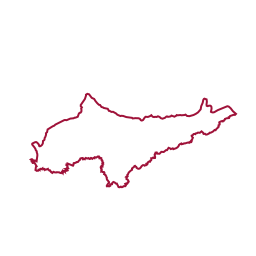 San Pedro De Uraba, Antioquia, Colombia (Mercator projection), rotated 241°
{"feature_id": "7082276B58704209579915", "entity_name": "San Pedro De Uraba", "entity_type": "district", "adm_level": 2, "iso_a3": "COL", "parent_name": "Colombia", "parent_adm1": "Antioquia", "projection": "mercator", "projection_center": [-76.341, 8.35], "detail": "fine", "context": "isolated", "style": "outline", "palette": "rose", "viewbox_px": 256, "rotation_deg": 241, "n_neighbors": 0, "source": "geoboundaries", "source_scale": "gbopen_adm2", "svg_char_len": 5675}
<svg xmlns="http://www.w3.org/2000/svg" viewBox="0 0 256 256"><g transform="rotate(241 128 128)"><path d="M147.5,27.7L146.1,28.3L145.4,27.4L145.2,27.4L144.3,28.8L143.5,28.0L143.1,28.8L143.2,29.4L138.7,29.5L138.6,28.6L136.1,26.7L134.9,27.4L135.0,27.7L134.2,28.5L134.3,29.4L134.7,29.6L134.4,29.9L134.6,29.9L134.7,31.3L134.2,31.9L134.4,32.1L134.0,32.5L134.0,32.8L134.1,33.4L133.9,33.3L133.4,34.1L133.1,34.0L133.2,34.5L132.7,35.1L131.7,35.0L131.8,35.5L131.4,35.9L131.1,38.1L130.5,37.9L130.2,38.2L128.9,38.6L128.8,39.2L126.9,39.3L126.2,39.6L126.3,39.9L125.4,40.1L125.7,41.7L124.9,42.2L123.9,43.6L123.9,44.2L122.5,46.4L121.7,46.8L121.2,47.4L121.1,48.0L121.3,48.3L120.9,48.4L121.7,49.4L120.6,49.4L121.0,49.7L120.9,50.2L121.6,50.6L121.1,50.8L121.3,51.3L120.7,51.5L121.4,51.7L121.3,52.1L120.8,52.4L120.6,52.9L120.9,53.1L120.5,53.5L120.8,53.7L120.4,54.6L121.2,54.6L121.3,54.3L121.7,54.1L121.7,55.0L122.3,54.4L121.9,55.8L122.5,55.6L122.6,55.9L123.0,55.7L123.8,56.6L125.2,56.2L125.1,56.9L125.9,56.9L125.7,57.5L126.3,57.9L121.7,61.6L122.3,62.6L122.7,62.6L123.6,63.5L122.9,65.4L123.2,66.4L122.7,67.2L122.6,68.0L123.3,69.2L123.5,70.7L124.4,71.4L124.3,72.4L123.7,73.9L123.3,73.9L123.1,73.4L122.4,73.4L122.1,74.7L121.6,75.1L122.2,75.8L122.3,76.6L121.1,77.4L120.9,78.7L120.3,78.8L120.0,79.5L119.5,79.5L119.3,80.2L119.8,80.6L119.8,81.0L119.3,81.2L119.3,81.5L118.3,81.9L118.6,83.4L118.4,84.0L117.9,84.2L118.5,84.9L117.5,86.0L117.7,87.3L117.4,87.8L117.6,88.1L117.1,88.8L116.2,88.5L116.1,88.9L115.4,89.3L115.2,89.0L114.9,89.5L114.8,89.3L114.7,89.5L113.8,89.8L113.0,89.7L112.8,89.4L112.2,89.7L111.6,89.4L111.3,89.6L111.0,89.3L109.7,89.4L109.6,88.6L109.0,88.7L109.1,88.4L108.4,88.4L108.1,87.8L107.8,87.8L107.6,87.3L107.3,87.2L107.6,87.0L107.2,86.4L107.6,86.2L107.3,85.7L107.1,86.0L107.0,85.5L106.0,85.6L106.0,84.9L105.7,84.7L104.3,84.7L104.1,84.4L103.9,84.6L102.8,83.5L102.5,84.2L101.7,84.5L101.2,85.6L100.7,85.7L100.3,85.7L99.3,84.8L99.0,85.2L98.3,85.2L98.0,85.5L97.7,85.3L96.4,85.6L95.5,85.3L94.7,85.4L94.0,84.8L92.7,84.6L91.7,85.0L90.7,84.9L90.3,85.2L89.8,85.2L89.0,84.5L89.2,84.4L88.8,83.2L88.2,82.1L87.6,81.3L87.2,81.3L86.7,82.8L86.1,83.1L86.0,84.0L86.1,84.6L86.7,84.8L87.1,85.6L86.6,86.8L87.0,87.1L87.3,87.0L87.9,89.0L86.9,89.9L85.1,90.6L84.8,91.3L80.9,91.1L80.3,91.8L80.2,93.3L79.6,93.4L79.1,94.3L79.0,95.0L79.3,95.8L78.4,97.4L78.7,98.1L79.2,97.9L79.8,98.5L80.5,98.5L80.4,99.5L79.7,99.6L79.6,100.3L80.0,101.1L80.6,101.5L80.5,102.2L80.9,102.7L83.0,102.7L84.0,101.9L84.7,102.2L85.4,103.1L86.1,102.6L86.3,103.4L86.0,104.3L87.4,104.8L87.5,105.5L88.7,107.0L89.4,109.8L89.5,111.3L90.7,111.9L91.1,114.5L91.6,115.2L91.5,115.8L90.7,115.9L90.0,116.4L89.0,116.2L87.7,116.9L87.1,117.6L86.9,118.6L87.3,120.1L88.0,121.3L88.3,122.9L87.8,123.9L87.0,124.3L87.1,125.0L86.7,125.6L86.8,126.9L87.8,126.9L87.5,128.0L88.2,128.5L88.5,129.5L88.4,130.6L87.9,130.7L87.8,130.9L88.7,131.8L88.5,132.6L89.4,133.4L90.2,133.6L90.0,134.0L90.0,135.7L89.2,135.9L88.7,137.1L89.5,137.7L91.7,138.3L92.5,139.3L92.1,139.7L92.4,140.4L93.0,140.5L92.7,141.3L91.3,141.3L90.2,143.1L91.0,145.6L89.7,147.6L90.2,150.5L89.7,151.4L91.0,153.9L89.8,154.9L88.8,155.2L88.5,157.3L87.5,157.4L87.0,160.3L87.1,162.0L87.8,163.7L88.4,164.3L88.7,165.6L88.6,167.1L87.8,167.1L87.6,168.2L87.4,168.3L87.4,169.7L86.9,170.2L86.4,172.8L86.0,173.8L85.6,174.1L85.9,174.4L85.8,175.1L85.4,175.2L85.0,176.4L85.4,176.6L85.6,177.1L86.1,176.6L86.9,178.5L88.1,180.1L89.6,179.7L90.5,180.0L90.4,181.3L90.9,182.4L90.5,183.5L90.0,183.9L90.4,184.6L90.0,186.0L90.1,186.9L89.0,188.5L89.4,190.7L87.4,191.4L86.3,191.2L86.0,191.4L85.7,192.5L84.4,193.0L84.0,194.2L83.9,196.2L84.3,197.1L83.8,197.9L83.7,200.5L84.3,202.8L83.6,203.5L84.4,205.1L84.6,206.5L85.0,206.9L85.1,207.9L86.5,208.5L86.5,209.6L87.0,210.2L88.3,210.3L88.8,210.7L88.7,212.9L87.9,213.9L88.3,214.2L87.8,215.2L88.2,215.7L88.4,216.9L88.9,217.2L88.7,218.9L87.7,221.2L88.0,221.6L88.6,221.6L88.5,222.2L89.0,223.1L88.3,226.9L87.6,227.9L88.0,229.3L91.8,227.9L95.3,227.4L97.9,226.5L98.9,225.4L100.1,215.1L100.0,211.2L100.4,209.8L101.6,208.5L102.0,208.4L104.3,210.4L106.0,211.2L107.2,211.1L107.8,210.6L108.4,209.2L108.4,208.4L109.2,207.6L110.4,208.0L112.7,209.7L114.9,210.6L116.6,209.1L116.6,208.4L116.0,207.4L113.8,205.5L111.6,202.6L109.1,200.6L107.7,196.8L107.5,194.2L107.6,191.6L108.6,187.4L109.9,185.5L111.8,184.8L112.0,183.6L113.2,180.9L114.0,180.0L115.0,177.6L115.7,176.9L115.4,176.2L115.4,174.1L117.8,172.0L117.5,171.0L117.7,170.2L118.4,168.3L119.1,167.9L119.4,167.2L119.0,165.2L119.4,162.7L120.8,161.4L122.1,161.1L123.5,160.1L123.8,159.6L123.7,158.5L124.7,157.0L124.9,156.1L125.6,155.3L126.3,154.9L127.9,154.6L127.7,153.1L128.0,150.8L129.3,148.8L129.0,147.6L127.7,145.1L127.8,143.7L128.6,143.0L130.0,142.9L131.3,142.1L133.0,139.3L134.1,136.7L134.9,136.5L138.4,131.8L140.9,129.6L141.9,128.1L142.1,127.2L144.8,125.1L146.5,124.6L149.4,122.8L150.1,121.3L151.9,120.2L152.3,119.6L154.6,119.6L157.3,116.5L158.3,116.0L159.2,115.0L161.7,114.7L162.4,113.8L164.7,113.1L167.4,112.6L169.8,112.5L172.0,110.9L176.3,110.3L177.6,109.0L177.5,107.4L176.8,107.1L174.3,104.4L171.0,97.8L169.8,97.2L168.4,97.7L167.6,96.4L166.4,96.1L164.9,95.1L164.4,93.9L164.7,93.3L164.5,92.1L162.2,89.5L162.5,87.1L162.9,86.3L162.9,85.1L164.2,82.1L164.6,78.1L165.6,76.7L165.8,75.9L166.2,66.1L165.8,64.6L166.0,63.0L165.7,57.0L163.6,55.2L163.2,53.7L161.9,53.1L160.3,51.4L159.7,50.3L158.3,49.3L158.0,48.6L157.9,47.4L155.9,46.1L155.0,44.8L154.6,43.3L154.7,42.1L154.9,41.8L155.3,41.6L156.8,42.0L158.7,41.6L160.0,41.1L160.6,40.1L160.8,37.0L160.5,36.4L159.9,36.2L156.4,36.8L154.5,36.9L153.3,36.6L151.9,36.9L151.0,36.4L149.3,36.1L147.9,35.4L143.2,31.9L144.7,30.9L145.3,29.5L147.0,29.1L147.5,28.4L147.5,27.7Z" fill="none" stroke="#9f1239" stroke-width="2"/></g></svg>